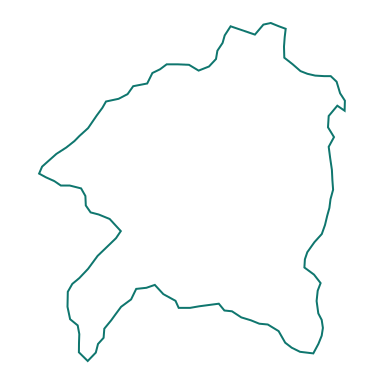 outline of Trombudo Central, Santa Catarina, Brazil
{"feature_id": "56859067B84351274914005", "entity_name": "Trombudo Central", "entity_type": "district", "adm_level": 2, "iso_a3": "BRA", "parent_name": "Brazil", "parent_adm1": "Santa Catarina", "projection": "orthographic", "projection_center": [-49.814, -27.313], "detail": "fine", "context": "isolated", "style": "outline", "palette": "teal", "viewbox_px": 384, "rotation_deg": 0, "n_neighbors": 0, "source": "geoboundaries", "source_scale": "gbopen_adm2", "svg_char_len": 1575}
<svg xmlns="http://www.w3.org/2000/svg" viewBox="0 0 384 384"><path d="M313.3,353.4L318.4,343.9L321.7,335.7L322.9,327.9L321.7,319.9L318.3,313.4L316.6,301.0L317.7,290.7L320.6,283.1L314.0,274.6L304.4,267.5L304.9,259.3L307.3,252.2L314.4,242.2L321.8,234.0L325.0,225.0L327.2,215.8L329.4,207.9L330.5,199.2L333.1,189.7L332.4,180.2L331.9,169.9L330.2,158.3L328.7,146.8L334.0,137.1L328.0,127.3L328.7,116.0L337.3,105.7L344.6,110.7L344.9,100.7L340.1,93.3L336.6,81.7L330.7,76.1L323.7,76.1L315.2,75.6L307.4,73.8L300.5,71.1L292.7,64.3L284.3,57.7L284.0,46.6L284.7,37.1L285.7,28.8L278.9,26.3L270.7,23.0L263.4,24.6L254.9,34.6L230.6,26.3L224.7,35.4L222.6,42.9L217.4,50.7L216.0,59.0L209.0,66.5L198.6,70.6L189.0,64.8L177.0,64.3L166.7,64.3L160.0,69.3L152.4,73.0L147.2,83.5L133.2,86.2L127.6,94.1L118.6,98.8L106.0,101.5L102.4,107.8L96.8,115.4L88.1,128.1L79.5,135.9L74.5,141.0L66.3,147.5L56.5,153.8L47.6,161.7L42.1,166.6L39.1,173.6L45.9,177.3L54.3,181.1L60.8,185.5L69.6,185.5L81.1,188.4L85.4,196.0L85.8,205.5L90.6,212.4L98.7,214.5L109.7,219.0L120.8,231.1L116.0,238.2L107.5,246.4L97.6,255.9L88.1,268.8L79.3,278.1L72.3,283.9L67.8,291.8L67.5,306.8L70.1,319.2L77.7,325.4L79.3,334.1L79.0,342.8L78.9,352.3L87.7,361.0L95.8,352.6L98.0,344.0L103.6,337.8L104.3,328.7L111.2,320.3L115.4,314.5L121.1,306.8L131.1,299.4L136.2,288.9L146.4,287.8L154.8,284.9L163.4,294.2L175.5,300.8L178.7,307.9L189.9,307.9L199.1,306.3L218.8,303.7L224.4,310.5L232.0,311.3L241.3,317.4L250.9,320.3L259.3,323.7L267.8,324.5L278.6,331.1L285.2,342.7L291.7,347.7L300.0,351.8L313.3,353.4Z" fill="none" stroke="#0f766e" stroke-width="2"/></svg>